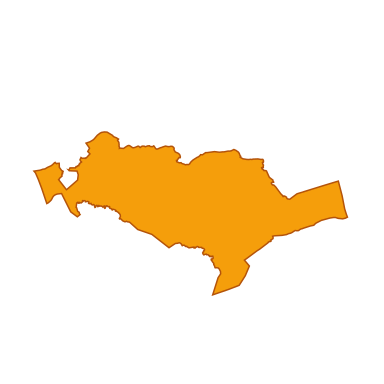 Rangárþing ytra, Suðurland, Iceland, rotated 31°
{"feature_id": "244011B57462919825437", "entity_name": "Rangárþing ytra", "entity_type": "district", "adm_level": 2, "iso_a3": "ISL", "parent_name": "Iceland", "parent_adm1": "Suðurland", "projection": "mercator", "projection_center": [-19.711, 63.992], "detail": "fine", "context": "isolated", "style": "filled", "palette": "amber", "viewbox_px": 384, "rotation_deg": 31, "n_neighbors": 0, "source": "geoboundaries", "source_scale": "gbopen_adm2", "svg_char_len": 6041}
<svg xmlns="http://www.w3.org/2000/svg" viewBox="0 0 384 384"><g transform="rotate(31 192 192)"><path d="M338.2,133.5L335.9,131.7L331.6,127.9L322.7,118.0L311.8,107.3L302.1,118.0L282.9,139.5L279.5,147.9L277.5,148.7L276.6,148.6L275.7,147.8L274.3,147.7L272.9,148.0L272.7,148.4L272.8,148.7L272.4,149.0L271.5,148.4L269.0,147.8L261.0,144.5L258.5,143.9L257.2,144.5L255.7,143.8L255.3,143.3L255.7,142.3L256.9,141.6L256.6,141.2L255.7,140.9L255.2,140.1L251.5,139.7L250.4,139.4L245.0,135.6L244.4,135.6L242.6,136.6L242.3,136.5L242.1,136.2L240.4,136.2L239.2,135.4L239.6,134.7L240.3,134.7L240.5,134.5L240.5,134.2L239.6,132.9L239.5,132.3L239.4,132.1L238.1,131.6L237.7,130.7L237.2,130.5L237.2,130.2L237.8,129.8L237.8,129.4L236.9,128.1L236.0,127.6L235.6,127.7L234.3,128.6L231.5,129.7L227.2,132.5L226.7,133.2L225.2,133.9L224.0,134.9L222.1,135.9L218.6,137.3L215.4,137.4L215.3,137.1L215.5,136.5L215.4,136.3L214.5,136.1L212.5,134.5L211.1,133.9L208.2,133.7L206.0,134.0L204.4,136.5L202.9,137.8L201.9,138.3L198.8,141.1L197.5,141.9L195.0,143.8L190.5,145.8L184.6,150.5L183.4,151.2L181.8,154.7L180.1,155.6L180.2,156.1L179.5,158.4L178.6,159.6L176.4,164.0L175.7,166.3L175.5,167.6L175.5,169.0L175.2,169.8L174.8,170.4L173.5,171.0L172.3,172.1L170.9,172.2L168.7,172.8L167.5,172.5L166.2,173.5L163.3,173.9L162.5,173.0L163.1,172.5L162.9,171.8L162.9,171.4L163.1,170.9L163.0,169.9L163.2,169.2L164.1,168.9L164.2,168.5L163.8,167.7L163.3,167.4L162.9,166.8L161.9,166.2L160.1,165.9L157.1,166.3L154.8,165.1L154.6,164.8L154.5,164.2L153.6,163.3L151.8,163.0L150.4,163.6L149.3,164.7L148.2,165.4L145.6,166.3L143.6,168.6L142.8,169.7L142.2,170.2L140.3,172.9L139.7,173.4L138.5,173.5L135.8,172.2L135.4,172.2L134.9,173.3L134.6,173.6L132.7,174.5L131.7,174.3L130.3,175.3L128.6,177.3L127.5,177.3L126.0,178.1L125.1,179.1L124.9,180.3L124.6,180.6L122.8,180.2L122.1,180.5L120.2,183.1L119.0,184.3L118.2,184.6L114.6,184.4L113.8,184.7L113.2,185.3L112.4,186.6L110.9,189.9L107.5,191.6L107.3,191.9L107.0,191.2L105.8,190.3L105.3,189.2L103.8,187.2L103.2,186.8L101.9,186.3L101.4,185.9L101.4,185.7L101.8,184.9L101.8,184.5L99.2,184.5L96.9,184.9L95.6,184.8L94.8,184.4L88.4,184.4L85.9,185.7L83.7,187.6L82.8,189.1L81.6,192.2L80.8,197.0L80.2,198.7L78.6,201.6L76.0,204.7L81.6,207.2L81.8,211.0L84.9,211.9L83.8,217.3L83.3,217.5L83.3,218.0L83.1,218.3L82.7,218.2L80.4,219.7L79.1,219.6L79.4,222.1L80.5,222.9L81.7,223.0L81.9,223.2L81.3,224.5L81.1,225.3L80.9,225.5L81.3,225.9L81.0,227.2L81.3,227.8L80.7,228.1L80.4,228.8L80.5,229.1L80.3,229.5L79.6,229.8L79.5,230.3L79.7,230.6L79.6,230.9L79.7,231.0L79.7,231.3L75.0,234.2L75.2,236.6L74.8,236.7L75.8,237.0L82.7,233.3L85.6,235.8L87.8,240.7L83.4,254.3L83.2,254.7L71.3,250.1L71.6,249.0L71.4,248.5L72.4,245.3L71.5,244.3L71.6,244.1L71.5,243.6L71.7,243.0L70.9,242.7L71.0,242.2L70.9,241.7L71.1,241.5L71.0,241.3L71.0,241.1L70.9,241.0L70.9,240.7L70.3,240.5L69.6,240.9L65.6,239.2L63.4,235.8L62.1,236.6L61.3,237.5L60.2,237.3L59.8,237.5L59.4,237.2L59.0,238.0L58.4,240.4L57.7,242.1L55.4,245.4L54.3,247.5L53.8,248.2L52.4,249.3L50.7,251.4L45.8,255.5L48.1,256.3L53.7,260.3L61.3,266.3L73.5,276.7L74.4,275.2L75.2,272.6L75.5,271.1L75.3,268.2L75.4,266.8L75.9,265.4L76.9,263.9L77.7,263.0L81.0,260.5L98.3,271.5L106.5,272.3L107.7,269.0L106.7,268.6L105.7,267.5L104.0,267.5L101.2,264.9L100.6,264.9L98.9,261.0L99.4,260.5L99.1,260.2L99.2,259.8L99.7,259.5L100.3,260.0L100.7,260.0L101.0,259.8L100.8,259.1L101.0,258.8L102.2,258.7L102.7,258.4L103.4,256.2L102.7,256.0L102.7,255.7L103.5,255.3L104.6,254.6L105.1,254.7L105.7,255.3L107.5,253.7L108.0,253.6L108.8,253.7L109.0,254.8L109.4,255.0L110.7,254.6L111.3,253.8L112.3,254.5L113.5,254.3L114.2,253.4L114.4,253.4L115.7,254.1L116.2,254.9L116.8,255.2L117.1,254.6L116.7,253.8L117.1,252.6L117.6,252.4L118.2,253.0L118.8,253.1L119.2,252.6L119.3,252.3L119.0,251.8L119.1,251.5L120.3,251.7L121.2,250.8L122.0,250.8L122.5,250.6L123.5,250.9L123.7,249.5L124.3,248.9L124.9,248.9L125.1,249.2L124.7,249.8L124.8,250.0L125.3,250.8L125.7,250.9L125.9,250.6L125.6,248.7L125.9,248.3L125.9,247.8L126.1,247.6L127.9,247.8L128.8,247.0L129.2,247.3L129.7,248.1L130.1,248.3L131.8,247.8L132.6,248.5L133.0,248.4L133.0,248.0L133.4,247.4L135.0,247.0L136.3,247.0L136.4,247.7L137.7,247.4L139.8,247.5L140.1,247.8L141.0,247.9L142.2,248.5L143.2,249.8L143.4,251.3L143.3,252.0L143.8,252.4L144.6,251.7L147.6,252.4L149.8,252.1L150.4,251.6L151.0,250.8L152.0,250.8L154.0,250.0L164.8,252.1L179.4,249.0L201.0,251.6L204.1,245.0L204.5,244.5L205.9,243.5L207.2,242.1L207.8,241.9L209.4,242.0L210.3,242.6L211.0,242.7L211.2,243.0L211.5,242.9L211.6,242.3L212.9,241.6L214.5,242.0L215.5,241.3L215.9,241.5L218.2,241.4L221.5,238.6L222.1,238.9L222.3,238.9L222.3,238.3L222.4,238.2L223.0,238.6L223.5,238.5L223.6,238.1L223.4,238.0L223.4,237.7L224.2,236.9L224.4,236.1L224.6,236.0L225.5,235.7L225.8,236.0L226.4,236.0L228.8,234.5L229.7,235.0L230.8,234.5L231.6,234.5L232.5,235.0L232.6,235.4L232.3,236.4L232.8,237.2L232.7,237.5L232.4,237.7L232.5,238.0L232.5,238.7L233.5,239.5L234.6,239.8L235.1,238.9L236.2,237.9L237.0,238.2L237.2,237.9L238.2,237.5L238.9,237.8L239.9,237.5L240.2,238.2L240.5,238.2L240.9,237.8L241.9,237.6L242.1,237.3L242.1,236.7L242.9,236.3L244.2,237.7L244.1,238.1L244.1,238.7L244.0,238.9L243.3,239.2L243.0,239.6L243.4,240.3L243.7,240.5L244.4,240.5L245.0,241.1L247.4,242.0L248.0,243.0L249.3,243.7L250.7,245.0L251.0,245.0L252.1,244.2L253.7,243.6L254.8,243.9L257.3,245.4L258.7,247.4L258.5,252.0L262.7,269.5L273.4,256.8L280.5,247.7L280.8,236.3L279.3,225.9L272.0,223.4L272.9,221.4L278.0,209.0L279.5,206.0L283.2,196.6L283.2,196.1L283.3,196.0L283.2,195.8L283.3,195.4L283.8,195.0L284.1,194.2L284.8,194.0L285.0,193.7L285.0,193.3L284.6,192.9L284.6,192.4L284.4,192.2L284.9,191.7L285.1,190.7L285.4,190.4L285.3,189.9L284.8,189.1L283.9,188.4L285.2,187.1L291.5,182.8L294.9,179.9L296.3,177.9L297.7,176.6L298.6,175.2L300.2,171.9L301.8,171.2L303.0,170.4L303.3,170.0L303.9,168.4L304.6,167.4L305.4,166.7L306.1,165.7L310.9,160.2L313.3,158.0L313.7,157.3L314.0,155.6L314.5,154.5L317.5,149.7L323.6,143.3L326.4,141.0L328.0,140.0L330.9,139.3L335.0,137.4L337.0,135.4L338.2,133.5Z" fill="#f59e0b" stroke="#b45309" stroke-width="1.5"/></g></svg>